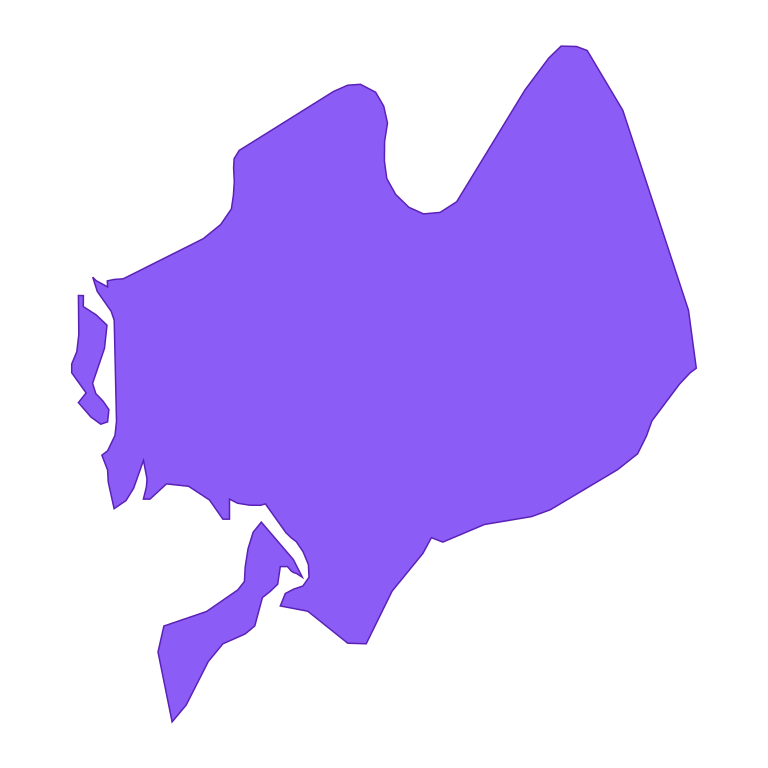 the Province of Bà Rịa - Vũng Tàu
{"feature_id": "VNM-495", "entity_name": "Bà Rịa - Vũng Tàu", "entity_type": "Province", "adm_level": 1, "iso_a3": "VNM", "parent_name": "Vietnam", "parent_adm1": "", "projection": "equal_earth", "projection_center": [107.178, 10.562], "detail": "fine", "context": "isolated", "style": "filled", "palette": "violet", "viewbox_px": 768, "rotation_deg": 0, "n_neighbors": 0, "source": "natural_earth", "source_scale": "10m", "svg_char_len": 1752}
<svg xmlns="http://www.w3.org/2000/svg" viewBox="0 0 768 768"><path d="M101.9,455.2L107.6,450.8L115.0,435.4L116.5,421.3L114.2,320.2L111.1,311.2L97.3,291.5L92.7,277.2L96.1,280.6L107.6,286.9L107.3,280.9L107.6,280.8L114.4,279.4L123.2,278.8L203.2,238.7L220.7,224.5L231.4,208.9L233.4,195.2L234.3,181.7L233.6,168.0L234.1,158.7L239.2,150.4L333.6,91.4L347.7,85.2L360.4,84.3L375.6,92.2L383.7,106.1L387.5,123.0L384.6,141.4L384.4,160.9L386.8,178.6L395.7,194.5L408.9,207.3L423.5,213.9L440.1,212.4L456.7,201.7L525.0,89.9L548.7,58.1L561.1,46.1L576.5,46.5L587.2,50.5L622.8,110.3L688.5,310.3L696.3,368.2L690.1,372.8L679.5,384.1L651.9,420.9L646.5,435.9L637.6,453.8L617.5,469.7L550.4,509.7L531.6,516.6L484.4,524.5L442.8,542.1L431.4,537.7L422.9,553.4L392.1,591.1L366.2,643.8L347.7,643.2L307.7,611.2L280.3,606.0L285.3,593.5L293.9,589.0L302.9,586.0L309.0,577.2L308.4,564.6L303.1,551.8L296.3,541.7L291.1,537.7L286.0,532.8L265.4,503.9L260.4,505.3L249.6,505.2L237.5,503.2L229.5,499.1L229.5,519.2L222.9,519.2L209.5,500.0L188.6,486.3L166.5,483.9L150.0,499.1L143.4,499.1L146.4,486.8L147.0,479.0L143.5,460.4L133.6,488.3L126.0,500.6L114.1,508.7L108.2,481.8L107.6,470.1L101.9,455.2ZM261.3,522.1L293.4,559.6L302.3,577.2L296.5,573.5L293.5,572.5L291.3,571.1L287.5,566.6L280.3,566.6L277.7,584.2L270.1,591.5L262.4,597.6L254.8,625.9L245.2,633.9L222.9,643.8L208.3,661.5L186.2,705.0L172.1,721.9L158.0,652.0L163.9,626.0L206.5,611.5L237.8,589.9L244.4,581.5L245.2,566.9L248.0,548.9L253.1,532.3L261.3,522.1ZM83.4,295.6L83.3,306.6L96.2,314.9L107.0,325.2L104.5,348.3L92.6,383.3L95.8,393.6L103.1,401.2L108.9,409.6L107.6,421.9L100.7,424.2L90.9,417.0L78.4,402.6L86.1,392.9L71.7,372.8L71.7,364.0L76.8,351.7L78.8,334.6L78.4,295.5L83.4,295.6Z" fill="#8b5cf6" stroke="#5b21b6" stroke-width="1.5"/></svg>